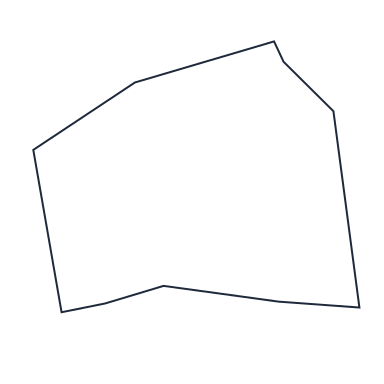 Butuan, Equal Earth projection, rotated 82°
{"feature_id": "PHL-5532", "entity_name": "Butuan", "entity_type": "Highly Urbanized City", "adm_level": 1, "iso_a3": "PHL", "parent_name": "Philippines", "parent_adm1": "", "projection": "equal_earth", "projection_center": [125.568, 8.906], "detail": "fine", "context": "isolated", "style": "outline", "palette": "slate", "viewbox_px": 384, "rotation_deg": 82, "n_neighbors": 0, "source": "natural_earth", "source_scale": "10m", "svg_char_len": 288}
<svg xmlns="http://www.w3.org/2000/svg" viewBox="0 0 384 384"><g transform="rotate(82 192 192)"><path d="M54.3,89.8L75.8,83.2L131.7,40.7L329.7,42.3L312.6,121.6L281.0,233.3L290.3,293.6L292.9,337.9L128.2,343.3L75.6,233.3L54.3,89.8Z" fill="none" stroke="#1e293b" stroke-width="2"/></g></svg>